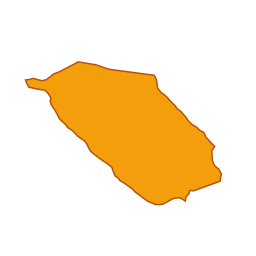 the district of Salgadinho, Paraíba, Brazil, rotated 241°
{"feature_id": "56859067B88873151085436", "entity_name": "Salgadinho", "entity_type": "district", "adm_level": 2, "iso_a3": "BRA", "parent_name": "Brazil", "parent_adm1": "Paraíba", "projection": "mercator", "projection_center": [-36.847, -7.095], "detail": "fine", "context": "isolated", "style": "filled", "palette": "amber", "viewbox_px": 256, "rotation_deg": 241, "n_neighbors": 0, "source": "geoboundaries", "source_scale": "gbopen_adm2", "svg_char_len": 1329}
<svg xmlns="http://www.w3.org/2000/svg" viewBox="0 0 256 256"><g transform="rotate(241 128 128)"><path d="M36.8,182.9L40.1,185.2L42.7,187.5L48.1,187.4L52.2,185.7L55.3,185.4L60.1,186.6L63.4,188.3L67.4,190.2L69.9,194.9L74.2,193.6L78.3,192.7L81.9,191.8L87.5,192.1L91.1,189.7L95.8,188.2L99.6,185.9L104.8,184.2L109.0,184.0L112.5,183.2L115.8,182.5L118.5,181.6L121.2,180.2L124.5,180.1L127.6,179.1L131.9,177.9L136.0,177.1L139.3,175.9L143.0,174.1L148.8,173.3L155.3,175.9L158.5,176.5L161.5,176.4L186.9,142.1L189.2,139.2L198.8,130.6L209.9,116.6L210.5,94.8L211.3,88.9L210.5,84.9L209.9,79.8L211.0,75.7L214.4,72.2L217.5,68.9L218.2,65.6L219.7,61.6L216.1,61.1L211.7,61.1L209.1,64.1L206.8,66.6L203.7,70.5L201.3,73.6L197.3,74.9L191.8,75.2L189.3,73.0L184.7,72.1L179.4,72.7L174.4,72.7L169.0,72.5L164.4,74.1L161.5,75.1L157.8,75.4L153.8,77.6L150.5,78.8L145.7,79.9L141.9,81.6L138.5,83.4L134.6,84.3L130.1,84.0L125.8,84.0L122.1,85.4L118.9,86.8L114.5,88.7L110.5,90.7L106.3,92.9L101.5,94.8L96.1,93.9L92.2,93.5L89.4,95.1L86.2,95.4L83.0,97.2L80.5,98.6L76.6,100.3L72.4,102.3L68.1,103.4L63.1,105.8L60.2,107.0L56.7,108.6L53.9,110.0L51.2,112.3L47.7,115.0L45.2,119.4L44.4,122.7L44.4,127.2L44.4,132.1L43.9,135.1L42.4,138.7L40.3,140.6L36.3,142.7L39.9,145.6L40.9,149.4L43.5,151.7L41.3,154.8L36.8,182.9Z" fill="#f59e0b" stroke="#b45309" stroke-width="1.5"/></g></svg>